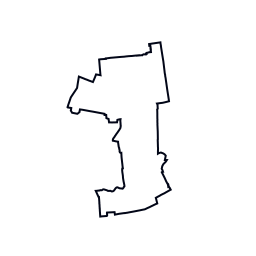 the district of Bragadiru, Ilfov, Romania, rotated 302°
{"feature_id": "2599482B78210424721579", "entity_name": "Bragadiru", "entity_type": "district", "adm_level": 2, "iso_a3": "ROU", "parent_name": "Romania", "parent_adm1": "Ilfov", "projection": "orthographic", "projection_center": [25.978, 44.379], "detail": "fine", "context": "isolated", "style": "outline", "palette": "ink", "viewbox_px": 256, "rotation_deg": 302, "n_neighbors": 0, "source": "geoboundaries", "source_scale": "gbopen_adm2", "svg_char_len": 5260}
<svg xmlns="http://www.w3.org/2000/svg" viewBox="0 0 256 256"><g transform="rotate(302 128 128)"><path d="M113.5,65.8L113.5,66.0L113.8,66.5L113.9,66.9L113.9,67.0L114.7,68.8L114.9,69.3L113.3,70.0L112.4,70.3L112.3,70.6L111.3,72.6L111.5,73.0L111.9,74.1L112.0,74.3L113.2,77.5L113.6,77.7L115.7,78.4L115.8,78.3L116.1,78.3L116.5,78.1L118.3,77.4L119.4,79.9L120.0,81.4L122.0,86.5L123.2,89.4L127.6,100.6L126.6,101.2L126.7,101.4L127.5,102.6L124.9,104.5L125.1,105.5L125.4,106.7L123.5,108.3L122.7,109.0L124.5,111.9L127.0,115.7L128.7,115.0L129.3,114.7L130.8,116.1L131.5,117.0L130.0,117.7L128.7,118.7L128.5,118.8L128.4,118.9L127.0,119.9L126.7,120.1L126.0,120.7L124.6,121.3L123.7,121.6L123.3,121.6L122.1,121.6L121.7,121.6L120.8,121.6L120.1,121.5L118.9,121.5L117.6,121.4L116.4,121.3L115.1,121.3L114.4,121.2L113.6,121.3L113.1,121.2L112.6,121.2L111.6,121.1L111.4,121.1L110.9,121.1L109.7,121.5L109.2,121.9L109.5,122.6L110.3,124.9L111.1,126.8L110.9,126.9L108.9,128.6L107.1,130.1L106.2,131.3L105.7,131.5L105.2,132.2L104.0,133.2L103.6,133.3L103.3,133.7L103.0,134.1L103.0,134.4L103.1,135.4L103.3,135.4L103.4,135.5L101.1,137.1L100.1,137.8L98.8,138.8L97.8,139.6L94.9,141.9L94.8,142.0L92.6,143.7L91.1,145.0L90.8,144.6L90.1,144.8L89.8,145.0L89.3,145.3L88.7,145.7L88.2,146.1L87.3,146.8L87.1,147.0L85.8,148.1L84.6,149.1L83.3,150.0L82.7,150.5L80.2,152.7L79.1,153.8L77.7,155.1L76.8,155.8L76.6,155.9L75.8,155.7L75.5,155.8L74.8,155.8L74.2,155.7L73.7,155.6L73.5,155.3L73.3,154.6L73.0,154.0L72.5,153.1L72.4,152.5L72.2,151.6L72.2,150.8L72.1,150.5L71.5,149.8L70.9,149.6L70.6,149.5L70.2,149.4L68.0,149.3L67.0,149.1L66.2,148.6L65.8,148.1L65.5,147.6L65.5,146.6L65.3,146.2L65.0,145.9L64.8,145.5L64.6,145.1L64.3,144.8L64.2,144.6L64.0,144.1L64.0,143.1L63.8,142.4L63.3,140.5L63.1,139.9L62.8,139.5L62.4,139.2L61.4,138.8L60.8,138.0L60.6,137.4L59.8,136.9L59.5,136.4L57.8,134.3L57.6,134.0L57.4,134.3L57.0,134.9L54.0,139.4L54.2,139.8L53.6,140.3L53.4,140.4L53.1,140.6L52.8,140.9L52.6,141.0L52.1,141.4L49.5,143.3L49.4,143.3L49.1,143.5L48.8,143.7L48.5,144.0L48.3,144.1L48.0,144.4L47.8,144.5L47.4,144.8L47.1,145.0L46.8,145.2L46.2,145.6L45.8,145.9L45.7,146.0L45.4,146.2L45.3,146.3L45.1,146.4L44.9,146.6L44.7,146.7L44.5,146.9L44.4,146.9L44.2,147.1L43.9,147.3L43.6,147.5L43.4,147.6L43.2,147.8L42.3,148.4L41.9,148.7L41.7,148.9L41.2,149.2L38.2,151.4L38.6,151.9L39.4,152.9L40.5,154.4L41.6,155.9L42.1,156.6L42.4,156.7L42.7,156.7L42.9,156.6L43.3,156.3L44.2,155.6L44.9,155.1L45.2,155.0L49.5,161.2L47.6,162.8L50.6,166.0L53.6,169.6L53.9,169.9L53.9,170.0L54.1,170.4L55.4,171.8L55.6,172.1L57.2,173.8L60.1,177.0L64.3,181.5L66.6,183.9L67.8,185.2L68.3,185.6L70.4,186.9L72.3,188.2L74.3,189.4L75.5,190.2L75.9,190.4L77.3,191.3L78.1,191.8L78.9,192.4L79.5,192.8L79.7,192.6L80.2,192.1L81.7,190.5L82.2,190.0L82.6,189.6L83.5,188.6L84.8,189.3L85.7,189.8L87.4,190.8L88.5,191.3L90.5,192.5L91.2,193.0L92.6,193.8L93.8,194.4L95.2,195.2L96.0,195.6L98.3,196.9L99.2,195.4L99.3,195.2L99.2,195.1L100.0,193.6L99.5,193.3L100.0,192.9L100.4,193.1L101.3,192.2L101.1,191.9L101.6,191.5L101.5,191.4L101.6,191.1L102.1,190.2L102.7,189.2L103.2,188.3L104.0,187.2L104.7,186.1L104.8,186.0L105.3,185.2L108.4,180.1L108.7,180.2L108.9,180.4L109.4,180.9L109.8,180.3L110.4,179.8L110.6,179.4L111.2,178.3L111.4,178.1L112.4,177.8L113.2,177.5L113.6,177.3L114.1,177.3L114.5,177.2L115.2,177.2L115.8,177.1L116.3,177.2L117.4,177.4L118.8,177.8L120.1,177.9L121.4,177.9L120.4,176.2L124.5,174.7L125.0,173.3L125.1,172.5L125.1,172.0L125.1,171.6L125.1,171.4L125.1,171.2L125.0,170.6L124.8,170.0L124.8,169.5L124.7,169.2L124.6,168.9L124.4,168.7L124.1,168.4L123.3,167.7L122.7,167.3L122.1,167.0L124.0,165.8L126.6,164.3L128.4,163.0L129.2,162.5L131.6,160.9L133.8,159.4L134.1,159.4L137.2,157.4L140.6,155.2L145.1,152.1L146.7,151.0L147.6,150.5L148.1,150.1L149.8,149.0L150.9,148.4L151.4,148.0L152.8,147.1L154.2,146.2L154.7,145.9L155.5,145.4L157.2,144.3L157.5,144.1L158.1,143.7L159.2,142.9L160.1,143.0L162.5,141.3L163.4,140.7L163.5,140.5L164.1,139.6L166.5,142.5L167.7,144.0L169.6,145.9L172.4,148.6L174.1,147.2L179.3,142.7L181.5,140.8L186.5,136.6L188.5,134.9L190.3,133.4L191.8,132.0L192.8,131.3L193.0,131.0L193.7,130.4L194.1,130.0L195.0,129.3L197.0,127.7L200.6,124.8L203.2,122.7L207.3,119.1L214.2,113.1L215.6,112.0L216.4,111.2L216.9,110.8L217.8,110.1L213.2,104.7L212.3,103.6L212.1,103.4L211.8,103.1L210.5,101.5L210.4,101.4L209.0,102.5L209.6,103.2L208.9,103.8L209.0,103.9L206.9,105.6L206.8,105.4L205.0,106.9L204.9,106.8L204.5,107.2L203.6,106.0L203.0,105.4L202.5,105.0L201.6,104.0L200.8,104.5L200.7,104.3L200.4,103.8L200.0,104.0L199.8,104.1L198.7,102.1L198.1,101.8L197.8,101.6L197.3,101.6L196.9,100.9L196.5,100.5L196.1,99.9L195.9,99.6L195.0,98.4L194.7,98.0L194.9,98.0L192.7,95.1L191.1,93.1L191.0,92.9L189.2,90.4L187.8,88.6L186.4,86.9L185.9,86.2L184.6,84.4L178.8,76.7L178.7,76.5L176.1,73.4L175.7,72.9L175.2,72.2L175.0,72.3L174.8,72.5L171.9,68.5L171.4,67.9L170.9,67.3L170.8,67.2L158.4,76.5L158.2,76.7L156.5,72.5L154.6,72.9L152.9,73.2L148.4,73.9L147.8,70.9L147.6,70.1L147.5,69.5L147.2,67.6L147.1,67.3L147.0,66.7L146.9,66.3L146.7,65.4L146.7,65.1L145.6,59.1L145.1,59.3L143.9,59.8L143.2,60.1L139.6,61.6L135.2,63.5L134.9,63.6L134.5,63.6L124.6,63.3L123.8,63.3L123.1,63.4L121.9,63.7L119.8,64.2L116.3,65.0L114.8,65.4L113.8,65.8L113.7,65.7L113.5,65.8Z" fill="none" stroke="#020617" stroke-width="2"/></g></svg>